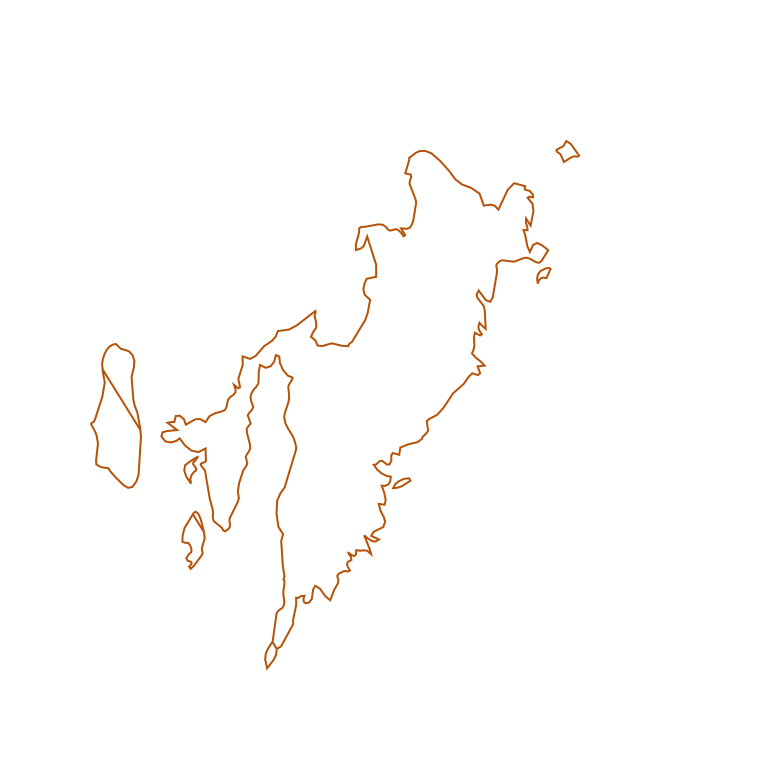 the border of Northern, rotated 148°
{"feature_id": "FJI-2619", "entity_name": "Northern", "entity_type": "Division", "adm_level": 1, "iso_a3": "FJI", "parent_name": "Fiji", "parent_adm1": "", "projection": "equal_earth", "projection_center": [179.45, -16.564], "detail": "fine", "context": "isolated", "style": "outline", "palette": "amber", "viewbox_px": 768, "rotation_deg": 148, "n_neighbors": 0, "source": "natural_earth", "source_scale": "10m", "svg_char_len": 6172}
<svg xmlns="http://www.w3.org/2000/svg" viewBox="0 0 768 768"><g transform="rotate(148 384 384)"><path d="M615.3,224.1L596.6,246.5L594.1,247.7L588.8,248.0L586.3,249.3L583.8,252.4L581.0,258.7L579.0,261.8L574.7,266.9L572.5,270.2L572.8,271.6L570.4,273.5L566.4,282.9L554.4,305.3L549.2,310.1L549.2,318.9L543.9,330.9L536.4,341.7L529.6,346.3L523.0,349.0L494.1,374.3L492.2,376.5L491.0,379.6L489.4,385.3L488.9,390.2L489.0,396.6L488.4,403.2L486.1,409.0L482.7,412.6L474.9,419.0L471.7,422.5L466.6,432.4L464.8,433.9L459.8,436.3L458.2,437.9L461.2,442.2L462.2,449.2L461.2,456.8L458.2,462.8L460.4,465.8L465.2,461.2L470.7,459.1L475.7,460.4L479.0,465.8L483.4,461.2L490.2,451.0L494.5,449.0L497.5,448.3L501.3,446.3L504.5,443.2L505.8,439.3L507.0,433.9L509.9,431.9L513.3,431.1L516.1,429.7L518.1,421.1L523.1,419.4L524.3,418.7L526.5,414.0L529.6,404.1L531.6,400.4L534.4,398.3L537.4,397.1L539.8,395.6L541.9,389.2L544.5,387.3L549.2,385.3L559.2,376.9L564.9,370.4L567.5,364.2L570.3,361.6L586.2,351.8L587.7,349.6L588.8,347.0L590.2,344.7L592.4,343.5L596.9,343.3L597.8,345.0L597.8,348.4L601.1,358.0L599.8,361.8L597.6,364.8L595.9,368.1L592.3,379.7L582.0,404.6L581.8,406.5L582.3,411.3L582.0,413.1L580.8,413.5L577.1,412.7L575.8,413.1L569.5,423.9L577.4,424.6L582.5,429.4L585.3,437.0L586.1,446.2L590.2,445.8L595.6,447.3L599.9,451.2L600.5,457.6L597.5,460.4L592.9,459.1L583.8,454.5L588.1,465.8L583.7,464.1L582.0,462.8L577.6,467.2L574.0,465.3L572.3,460.1L573.6,454.5L562.8,454.1L558.5,451.7L555.5,446.2L549.1,449.2L542.6,448.7L536.9,446.9L532.7,446.2L529.7,448.0L524.7,453.3L521.2,454.5L517.5,454.6L514.6,455.5L512.7,458.0L511.7,462.8L509.9,457.6L507.8,457.6L504.7,465.7L493.7,475.0L489.3,482.4L484.2,476.2L478.1,475.8L465.5,479.6L456.0,480.0L450.7,481.6L446.0,485.1L435.6,480.5L427.2,479.9L403.5,482.3L403.8,481.3L406.8,478.5L408.7,472.8L411.4,467.9L416.9,465.4L420.9,462.7L419.1,457.6L419.9,451.8L416.3,448.9L406.8,446.2L399.3,438.6L394.3,435.0L392.0,436.6L388.8,436.7L365.9,448.2L360.1,453.0L351.1,462.8L353.1,469.7L351.3,475.3L347.3,479.5L342.9,482.4L333.8,479.1L327.5,489.2L320.1,518.0L327.8,511.9L331.2,511.1L336.8,512.5L333.9,517.3L325.4,525.1L322.3,529.3L320.2,529.3L316.2,527.1L304.4,522.5L300.5,519.6L299.2,516.2L298.8,513.1L297.7,510.9L291.9,509.1L290.2,506.6L289.3,503.1L289.2,499.0L287.1,499.0L287.1,507.0L282.4,503.5L279.2,502.8L276.3,504.2L272.6,507.0L260.4,521.0L259.2,524.8L256.2,540.4L253.9,543.1L251.1,545.0L250.4,547.4L254.3,551.4L243.7,560.8L242.9,562.4L234.2,563.2L230.3,562.6L225.6,559.9L221.6,554.6L218.2,543.5L215.9,530.5L215.0,519.6L212.0,511.7L206.1,504.0L202.1,494.8L204.8,482.4L198.3,479.4L195.7,476.7L194.5,471.3L176.0,483.2L167.2,485.3L159.4,476.9L160.8,476.0L161.4,474.2L158.0,470.3L157.4,465.7L158.7,463.3L161.4,465.8L163.5,465.8L162.6,458.2L165.6,451.4L175.7,440.7L175.8,449.0L178.2,445.6L179.4,441.0L180.8,438.4L184.1,440.7L185.6,434.6L189.4,425.0L190.3,418.7L183.8,422.9L179.5,422.5L176.5,418.0L173.8,410.4L185.2,404.9L188.2,404.6L190.4,406.5L193.9,413.0L196.2,415.6L199.4,416.9L208.8,418.7L218.1,426.2L221.1,426.9L225.1,425.8L226.5,424.1L227.2,421.8L229.1,418.7L245.8,399.9L250.4,397.4L253.2,401.3L254.2,413.1L258.1,410.7L259.1,407.8L258.1,397.6L259.4,393.3L268.5,376.9L270.3,382.6L270.6,385.3L273.0,383.3L274.3,381.2L274.8,378.4L274.7,374.2L276.7,374.2L279.8,379.3L283.2,375.6L286.8,368.9L290.1,365.4L293.2,363.3L292.3,358.1L290.1,351.9L289.0,346.3L295.2,349.3L296.8,342.1L299.6,341.8L303.5,346.3L308.1,345.3L316.4,341.8L330.3,339.5L346.1,332.3L355.2,329.7L364.5,330.4L367.5,329.7L370.6,322.6L371.6,320.9L373.9,319.8L379.2,318.7L381.0,317.3L386.4,316.9L395.3,320.0L403.9,321.4L408.6,315.9L413.2,320.9L415.9,319.3L418.3,315.2L422.0,312.9L424.2,314.1L426.1,319.6L428.3,320.9L433.4,320.0L435.5,320.9L435.1,314.8L433.2,309.1L430.4,304.5L427.3,301.8L430.4,298.0L433.8,296.5L437.0,297.0L439.8,299.0L441.3,292.1L443.9,284.9L447.5,281.3L452.0,285.2L454.1,278.3L454.6,271.9L455.9,266.7L460.4,263.1L471.1,264.2L475.3,262.0L470.7,254.8L474.7,254.9L477.4,257.2L479.4,261.2L481.0,266.1L483.6,251.8L485.1,246.5L486.6,251.4L489.3,253.7L492.6,255.2L495.6,257.8L498.2,254.2L500.4,253.9L502.2,256.2L503.8,260.6L503.8,254.3L505.0,252.0L508.9,252.3L510.8,251.0L511.6,248.0L511.7,243.8L513.8,244.0L516.0,246.0L517.2,246.5L522.9,247.1L525.4,246.0L526.4,242.4L528.0,239.8L535.3,235.8L544.3,229.1L546.2,235.3L546.8,244.5L549.2,249.3L552.9,247.4L559.3,239.8L563.7,238.4L566.9,239.8L567.4,242.1L566.0,244.6L563.7,246.5L566.9,248.1L570.3,248.0L571.8,249.3L575.5,243.2L586.1,232.1L588.3,228.5L610.2,216.1L615.3,216.1L615.3,224.1ZM615.0,474.2L618.1,467.9L640.4,436.9L645.9,432.4L652.0,430.1L656.0,431.5L658.5,436.3L661.2,447.7L662.3,454.5L662.4,458.8L666.2,461.8L668.9,464.7L670.5,468.3L668.9,471.4L658.1,485.1L655.1,492.3L654.3,495.9L653.6,505.3L652.5,506.0L650.6,505.6L648.0,507.0L629.7,522.4L620.1,533.1L614.9,545.9L615.0,474.2ZM614.9,545.3L612.6,550.3L609.3,554.0L604.9,557.7L601.1,559.9L597.2,561.1L593.5,561.2L590.1,559.9L588.6,553.5L583.1,547.2L581.9,541.7L583.5,535.8L587.1,530.9L594.3,523.8L605.1,503.1L606.9,497.6L608.2,490.9L615.0,473.6L614.9,545.3ZM615.1,354.1L617.7,348.3L625.8,340.9L627.5,336.6L629.9,335.1L641.7,330.5L646.0,329.7L646.0,332.4L643.1,333.2L641.9,334.3L642.2,335.9L644.1,338.0L644.1,341.0L639.3,343.2L636.7,343.5L635.2,345.2L634.0,349.0L634.1,352.9L636.7,354.6L638.6,357.1L634.8,362.5L629.6,367.5L615.1,374.8L615.1,354.1ZM113.8,476.9L112.6,485.2L114.3,489.7L113.7,491.2L105.8,490.7L100.6,493.4L98.4,488.6L97.5,474.2L99.4,474.2L101.9,476.3L105.5,477.0L113.8,476.9ZM615.3,216.1L619.0,211.6L623.4,208.7L633.8,204.8L630.8,213.3L626.8,218.3L621.6,221.6L615.3,224.4L615.3,216.1ZM590.2,421.1L579.9,421.1L585.0,418.9L587.1,418.7L588.3,417.3L588.0,411.6L589.2,410.4L592.0,410.0L595.4,408.8L598.5,406.2L600.5,401.8L600.8,410.1L599.2,416.6L595.7,420.5L590.2,421.1ZM190.1,387.7L192.7,389.9L195.2,390.5L197.8,389.7L200.4,387.7L198.4,392.0L195.5,395.3L191.4,396.9L185.8,396.3L183.7,395.6L182.7,394.9L181.7,393.5L190.1,387.7ZM423.1,287.9L427.4,288.9L431.4,290.8L427.7,293.0L422.8,293.7L417.5,293.0L412.8,290.8L412.8,287.9L423.1,287.9ZM615.1,374.9L612.9,375.6L611.3,375.3L610.5,373.6L610.4,370.4L611.3,365.6L615.1,353.9L615.1,374.9Z" fill="none" stroke="#b45309" stroke-width="2"/></g></svg>